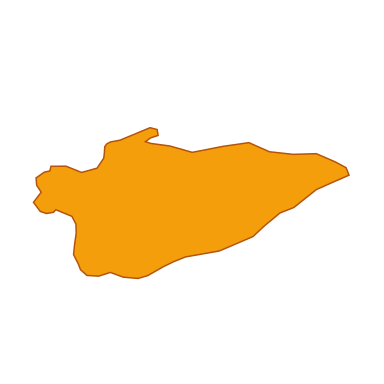 Nynäshamn, Stockholm, Sweden, rotated 257°
{"feature_id": "70781695B48387323711272", "entity_name": "Nynäshamn", "entity_type": "district", "adm_level": 2, "iso_a3": "SWE", "parent_name": "Sweden", "parent_adm1": "Stockholm", "projection": "orthographic", "projection_center": [17.89, 58.97], "detail": "fine", "context": "isolated", "style": "filled", "palette": "amber", "viewbox_px": 384, "rotation_deg": 257, "n_neighbors": 0, "source": "geoboundaries", "source_scale": "gbopen_adm2", "svg_char_len": 889}
<svg xmlns="http://www.w3.org/2000/svg" viewBox="0 0 384 384"><g transform="rotate(257 192 192)"><path d="M217.6,35.2L207.2,39.8L203.8,45.3L203.4,52.6L205.4,55.3L200.4,62.3L195.3,69.5L186.9,71.7L177.9,69.9L167.3,65.8L157.6,62.5L147.6,65.0L141.3,65.9L134.3,70.9L131.0,82.2L132.0,94.4L124.5,105.8L119.9,120.0L120.5,130.1L125.7,147.3L128.3,158.8L130.2,171.0L128.4,205.4L134.9,241.5L142.8,255.1L151.8,273.1L154.0,287.8L166.4,313.7L169.7,330.7L173.1,348.8L181.0,347.6L188.9,338.6L201.4,321.7L205.9,299.1L213.8,276.5L227.3,258.5L229.5,232.6L230.6,201.1L241.8,180.8L248.6,162.8L251.5,157.9L254.0,163.7L254.8,171.7L260.7,172.1L264.1,165.6L258.7,133.6L259.1,123.8L258.1,119.9L255.8,117.2L249.2,115.2L244.8,113.6L236.6,104.9L235.9,88.8L245.4,75.2L248.8,60.4L244.5,58.2L244.6,52.7L240.8,43.2L233.8,42.2L233.4,42.2L225.7,45.0L217.6,35.2Z" fill="#f59e0b" stroke="#b45309" stroke-width="1.5"/></g></svg>